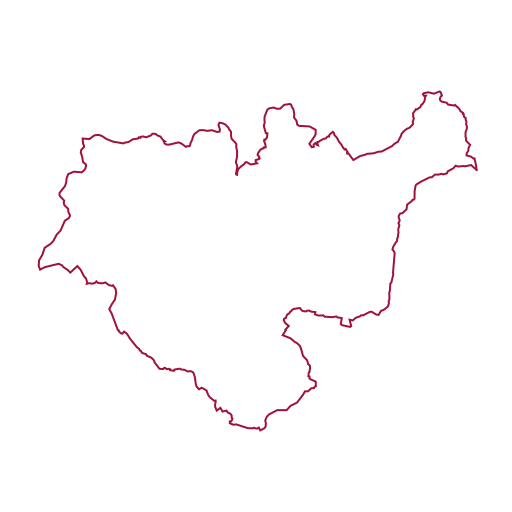 the district of Buciumi, Salaj, Romania, rotated 183°
{"feature_id": "2599482B81271607530384", "entity_name": "Buciumi", "entity_type": "district", "adm_level": 2, "iso_a3": "ROU", "parent_name": "Romania", "parent_adm1": "Salaj", "projection": "mercator", "projection_center": [23.014, 47.038], "detail": "fine", "context": "isolated", "style": "outline", "palette": "rose", "viewbox_px": 512, "rotation_deg": 183, "n_neighbors": 0, "source": "geoboundaries", "source_scale": "gbopen_adm2", "svg_char_len": 6071}
<svg xmlns="http://www.w3.org/2000/svg" viewBox="0 0 512 512"><g transform="rotate(183 256 256)"><path d="M435.3,364.2L434.5,358.9L433.7,357.6L433.4,355.9L436.1,352.8L436.4,350.2L434.8,346.0L433.6,340.7L430.8,338.7L430.4,337.5L431.0,334.3L432.6,332.0L434.6,330.4L442.1,330.7L447.8,328.0L449.3,323.3L449.3,319.9L450.4,315.8L455.4,308.9L455.5,306.8L454.9,305.5L450.4,301.2L450.8,299.1L450.0,296.7L446.1,293.3L445.6,289.9L443.9,287.0L444.1,285.6L444.9,284.1L448.8,281.1L452.5,271.2L456.1,267.0L459.2,260.4L461.5,257.6L467.5,253.1L469.4,246.1L472.4,240.3L472.5,234.8L470.9,231.1L466.3,233.8L452.7,237.9L449.2,236.5L447.7,234.8L443.3,232.2L440.6,229.7L433.9,236.6L430.5,233.2L426.9,227.1L424.5,224.5L423.2,220.7L423.5,219.4L421.2,220.1L417.8,219.8L415.0,221.0L414.1,222.3L412.3,220.8L408.3,220.6L405.0,221.7L401.1,219.1L397.7,218.7L397.3,219.2L394.4,215.6L393.7,211.7L394.6,205.0L397.3,200.6L399.8,195.3L397.1,191.0L390.3,175.2L389.2,174.6L389.3,173.9L387.9,172.6L386.4,171.5L385.4,171.5L383.8,173.6L380.9,171.7L377.3,166.6L370.2,158.7L367.8,157.1L367.2,155.6L366.1,155.4L364.8,153.3L360.5,152.1L359.9,150.8L355.5,149.1L353.9,147.9L352.2,146.2L351.9,144.7L346.5,138.3L342.7,138.2L341.8,139.5L341.0,139.5L339.1,138.3L337.3,138.8L335.8,138.4L335.8,137.5L332.5,137.1L331.7,137.2L331.5,138.3L326.4,139.5L324.2,138.7L321.5,138.6L318.0,137.1L315.4,137.6L313.1,136.8L312.0,135.3L310.7,131.8L309.4,124.9L308.3,122.3L306.0,119.9L303.3,121.6L298.4,119.2L296.6,115.0L294.7,112.5L290.1,109.2L288.8,109.5L288.6,108.2L289.0,106.3L289.0,103.4L287.1,99.6L283.6,102.5L281.3,98.9L277.4,100.1L276.1,98.3L273.3,97.1L271.9,95.3L271.9,93.3L271.0,92.4L271.2,91.2L272.2,89.6L273.4,89.4L273.0,88.7L273.5,87.9L272.5,87.2L269.6,86.3L266.9,86.8L254.9,83.6L249.9,83.8L249.1,84.4L246.9,83.7L245.6,83.8L244.2,84.8L242.7,82.1L239.0,84.1L237.6,85.7L237.3,89.2L238.2,92.2L236.8,96.0L234.7,98.5L226.7,103.2L217.3,103.7L213.7,108.2L207.4,111.7L201.8,119.9L200.0,123.4L197.0,123.6L193.7,126.9L191.2,127.1L190.6,128.5L189.4,129.1L189.8,133.7L195.7,136.0L196.2,136.6L196.3,138.5L197.4,138.7L197.2,142.3L196.4,143.1L196.5,144.9L196.1,146.4L196.4,149.3L198.2,150.7L199.5,154.5L203.8,158.7L206.4,166.4L207.8,168.9L210.8,171.4L212.7,172.1L217.2,175.6L225.2,178.3L222.3,183.5L222.8,184.0L219.6,187.8L223.2,190.5L225.0,193.4L224.7,194.7L222.9,195.7L222.2,198.4L221.1,199.8L220.1,200.1L218.9,202.2L218.0,202.6L217.5,203.6L215.9,205.0L209.5,206.4L207.3,203.9L206.1,203.5L203.2,203.2L202.3,204.0L200.3,204.3L197.9,203.3L193.8,203.1L194.0,200.8L190.7,199.8L185.6,200.2L184.3,199.0L176.4,198.9L172.7,199.8L171.5,199.0L167.1,198.5L167.8,192.5L166.4,191.4L158.3,190.1L157.3,191.0L159.2,197.3L156.0,196.7L153.2,199.5L149.4,201.0L147.7,202.4L145.9,202.3L139.4,206.2L137.5,206.4L132.9,203.8L130.5,203.6L128.4,207.6L125.1,209.3L121.6,212.5L120.8,215.5L121.1,218.0L120.5,219.7L121.0,226.2L120.5,228.3L120.4,235.5L119.5,236.4L117.9,244.9L118.3,246.3L117.7,266.1L118.4,267.8L120.1,269.7L119.4,272.5L117.0,277.1L115.9,278.3L115.9,281.0L115.2,282.5L115.2,285.0L114.9,286.7L115.4,289.9L114.4,294.2L115.5,296.2L114.5,298.2L114.5,299.5L115.6,302.2L115.5,303.7L114.3,305.9L112.1,306.4L108.1,310.5L107.8,314.9L107.2,315.7L103.4,318.9L102.7,320.2L101.0,320.7L100.7,321.9L101.0,328.8L100.3,334.8L99.5,335.9L95.1,338.9L86.8,343.6L84.4,343.9L81.7,346.6L77.6,346.9L75.3,347.8L73.2,347.3L69.7,348.5L68.9,350.6L63.4,354.0L61.4,356.6L59.0,355.9L53.5,356.7L51.8,356.5L45.9,358.1L39.5,352.8L40.4,354.2L40.8,357.2L42.9,364.9L43.9,364.7L46.6,366.5L51.0,367.5L51.0,369.6L49.5,372.2L49.4,375.0L48.0,378.2L52.3,382.2L52.2,384.0L53.0,385.9L53.2,390.7L52.2,393.9L52.1,396.0L53.0,398.5L52.9,401.3L53.8,403.2L53.8,404.8L55.1,405.5L55.7,406.5L56.0,408.5L56.9,408.7L56.8,409.8L59.2,411.2L61.2,414.1L65.2,417.3L66.0,416.6L72.2,417.3L73.5,419.0L78.3,419.8L79.9,420.7L80.6,422.1L80.6,423.2L79.6,425.2L78.7,425.9L80.3,429.4L81.3,429.9L86.9,427.4L92.3,428.5L96.9,427.4L97.8,426.4L96.9,424.9L94.7,425.0L95.5,423.5L95.8,419.6L97.9,416.1L98.7,415.9L99.6,413.5L102.2,411.3L103.3,410.7L103.9,411.0L106.6,406.8L106.3,404.9L106.5,403.5L105.5,401.8L106.4,398.6L106.5,397.5L106.0,396.1L109.0,392.4L112.1,390.8L114.9,388.4L117.1,385.4L117.5,383.6L120.3,377.5L123.6,375.3L125.9,372.9L135.8,367.0L139.3,366.5L144.1,364.7L150.6,363.8L152.3,362.8L157.2,361.3L163.8,356.9L168.8,363.0L170.4,363.1L170.5,364.1L170.0,364.7L172.1,367.6L173.1,367.0L174.5,368.5L176.8,372.0L179.0,374.4L181.3,378.2L184.1,381.1L184.5,382.8L185.8,384.0L188.4,381.5L189.3,380.3L189.3,379.1L191.0,378.9L192.5,377.0L194.3,376.6L198.2,374.4L198.7,373.7L200.7,373.0L200.6,371.6L199.9,369.8L200.9,370.1L202.6,371.9L204.3,370.3L204.0,368.1L206.1,367.6L208.6,370.8L203.4,379.2L202.8,381.1L203.0,385.1L209.3,388.2L219.8,388.2L221.7,389.4L222.7,393.3L225.3,396.3L225.2,399.7L226.3,404.5L228.1,407.0L228.8,408.9L230.0,409.6L235.8,408.4L239.7,404.3L242.9,404.2L246.3,405.2L251.3,403.8L252.5,402.3L254.7,395.6L254.7,392.4L254.3,389.9L255.0,386.3L252.6,379.2L251.0,379.1L251.3,374.9L252.7,372.6L253.7,372.7L254.1,371.4L252.7,368.7L252.0,365.1L254.2,364.7L254.1,364.0L257.0,362.6L259.2,359.2L259.7,357.0L258.0,355.4L258.2,354.8L257.5,353.7L258.0,353.0L261.3,351.8L261.4,350.4L259.8,348.6L266.2,347.1L270.0,349.2L271.5,349.0L272.5,347.2L275.8,344.5L278.3,341.7L279.1,338.7L279.2,336.1L280.1,336.4L280.3,337.2L279.4,343.5L279.5,345.0L281.0,348.5L280.1,354.3L280.4,359.8L281.6,364.6L281.4,366.2L281.7,367.2L286.5,371.8L287.1,374.1L287.5,378.9L289.5,381.0L290.3,382.7L293.5,385.7L296.5,386.9L299.4,387.2L300.4,385.0L298.6,380.5L298.9,378.3L301.3,377.8L306.5,379.3L311.4,378.4L315.3,379.0L319.2,378.6L323.7,374.8L324.8,372.9L326.1,368.1L327.4,365.0L327.6,362.9L328.1,362.2L330.2,362.1L331.7,361.3L336.2,364.3L339.4,365.4L348.3,362.7L351.3,362.6L353.1,363.6L354.0,365.5L353.1,365.8L355.0,367.0L357.7,370.3L360.7,371.2L362.5,372.6L364.4,372.8L365.9,372.6L367.2,370.9L372.0,368.8L375.1,369.5L377.5,368.9L377.7,367.9L379.4,368.3L380.0,367.1L385.1,366.1L389.5,363.0L392.9,362.4L394.2,361.5L404.6,362.7L411.5,365.0L415.8,367.6L419.1,368.7L423.6,368.1L428.4,364.1L435.3,364.2Z" fill="none" stroke="#9f1239" stroke-width="2"/></g></svg>